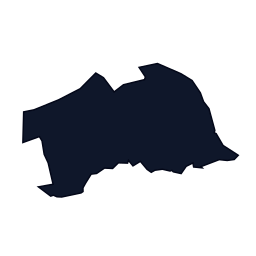 the district of Pembroke Lea-5, Dublin, Ireland, rotated 353°
{"feature_id": "5873133B13038954384182", "entity_name": "Pembroke Lea-5", "entity_type": "district", "adm_level": 2, "iso_a3": "IRL", "parent_name": "Ireland", "parent_adm1": "Dublin", "projection": "equal_earth", "projection_center": [-6.232, 53.323], "detail": "fine", "context": "isolated", "style": "filled", "palette": "ink", "viewbox_px": 256, "rotation_deg": 353, "n_neighbors": 0, "source": "geoboundaries", "source_scale": "gbopen_adm2", "svg_char_len": 890}
<svg xmlns="http://www.w3.org/2000/svg" viewBox="0 0 256 256"><g transform="rotate(353 128 128)"><path d="M79.2,177.5L85.8,169.3L91.3,169.3L99.8,164.9L107.8,166.3L114.2,161.4L123.3,162.8L124.5,160.2L128.3,166.2L136.2,162.6L141.9,171.4L145.7,174.8L149.6,173.2L157.1,173.1L164.5,175.8L166.4,175.4L167.6,177.0L175.2,179.7L181.1,173.1L188.2,170.6L188.4,174.7L196.8,176.6L195.7,175.2L214.7,170.5L222.5,172.3L229.6,172.2L234.1,168.5L220.2,156.9L214.8,144.3L213.0,143.3L213.9,140.9L210.7,118.7L206.2,111.1L204.1,101.9L197.4,88.7L187.2,80.6L165.1,67.6L146.4,69.2L151.5,79.4L150.3,82.0L128.8,84.5L118.6,90.5L109.8,75.1L102.7,69.5L85.3,83.2L62.5,91.6L36.9,98.5L26.4,99.3L21.9,129.6L39.0,125.7L41.1,130.3L41.6,143.9L44.5,152.8L46.8,174.7L31.9,175.5L43.0,186.2L45.7,185.6L49.1,187.6L53.8,188.4L73.5,186.7L75.6,185.6L76.0,181.9L79.2,177.5Z" fill="#0f172a" stroke="#020617" stroke-width="1.5"/></g></svg>